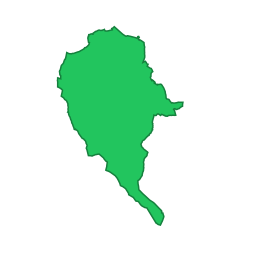 Odorheiu Secuiesc, Harghita, Romania, rotated 77°
{"feature_id": "2599482B50966601311858", "entity_name": "Odorheiu Secuiesc", "entity_type": "district", "adm_level": 2, "iso_a3": "ROU", "parent_name": "Romania", "parent_adm1": "Harghita", "projection": "robinson", "projection_center": [25.322, 46.315], "detail": "fine", "context": "isolated", "style": "filled", "palette": "green", "viewbox_px": 256, "rotation_deg": 77, "n_neighbors": 0, "source": "geoboundaries", "source_scale": "gbopen_adm2", "svg_char_len": 5696}
<svg xmlns="http://www.w3.org/2000/svg" viewBox="0 0 256 256"><g transform="rotate(77 128 128)"><path d="M229.9,118.3L226.0,115.2L222.8,113.2L222.4,113.0L222.1,113.0L221.4,113.0L219.9,113.2L218.8,113.1L218.3,114.3L217.3,113.9L216.5,114.1L216.4,113.9L216.2,113.9L212.5,116.2L207.4,119.2L206.2,120.1L203.1,123.1L198.2,126.4L196.5,127.6L195.2,128.5L192.0,130.4L190.6,131.3L186.9,130.8L184.9,130.8L183.6,130.6L182.5,130.4L181.8,130.3L181.4,130.0L180.8,128.2L180.2,127.9L179.9,127.3L179.0,126.6L178.4,125.8L177.3,124.8L177.0,124.8L175.9,124.3L174.1,123.4L173.6,122.9L172.4,122.3L171.4,122.1L170.3,121.5L169.8,121.7L166.7,120.7L165.5,120.7L164.8,120.6L163.7,120.1L163.2,119.7L162.0,119.4L161.7,119.0L161.0,118.4L160.7,117.9L160.3,117.5L160.1,117.0L159.8,116.4L159.3,116.0L159.1,115.7L158.1,115.3L157.5,115.1L157.1,114.8L156.5,114.2L155.9,114.3L155.0,115.0L154.7,115.4L154.0,115.7L152.4,117.2L151.1,117.9L150.6,118.0L150.1,118.4L148.8,119.1L147.9,118.8L147.1,119.1L146.6,119.0L146.4,118.7L145.6,118.2L145.2,117.6L144.1,117.0L143.5,116.2L143.4,115.8L143.3,115.0L142.7,114.1L140.9,111.7L140.7,111.4L140.7,111.0L140.5,110.6L139.9,110.1L139.6,109.5L139.8,109.1L138.3,107.9L138.2,107.6L138.2,107.0L137.5,106.5L136.3,105.4L135.5,105.1L135.4,104.5L134.8,104.3L134.5,104.5L133.8,104.4L133.2,103.7L132.0,103.5L130.8,103.1L129.9,103.3L129.3,102.8L128.8,103.0L128.1,103.1L127.4,102.8L126.8,102.6L126.4,102.3L125.6,102.1L125.4,101.8L125.1,101.7L124.6,101.5L123.2,100.6L121.3,99.9L121.8,99.1L122.0,98.4L122.1,97.8L122.0,97.5L121.4,97.0L121.1,96.4L121.0,95.7L121.2,95.2L121.7,94.7L123.1,93.5L122.3,92.0L122.6,91.9L122.9,91.2L123.6,90.3L123.8,89.9L123.9,90.0L124.3,89.5L124.7,88.7L125.0,88.5L125.2,87.7L125.4,86.9L125.3,86.5L125.0,86.1L124.9,85.7L125.1,84.4L125.2,83.7L125.5,82.9L125.6,81.6L125.8,80.9L126.2,79.5L126.3,78.6L125.5,78.6L124.1,78.7L123.4,78.7L121.5,78.8L121.0,78.9L120.1,79.4L119.8,79.1L119.6,78.5L119.7,77.9L119.9,77.7L120.8,77.0L120.9,76.1L120.7,75.4L120.6,74.6L120.6,73.9L120.5,73.5L120.2,73.1L119.9,72.8L119.6,72.0L119.5,71.7L119.4,71.3L119.1,70.4L119.1,70.0L117.2,69.5L115.3,68.7L114.5,72.1L114.2,73.1L114.3,75.1L114.1,77.8L113.5,78.7L113.4,80.0L110.8,81.2L109.4,81.7L109.0,82.4L108.3,83.8L107.8,84.0L107.1,84.1L104.5,83.7L103.8,83.7L102.8,83.8L100.9,83.6L98.8,83.9L97.0,84.2L93.6,85.4L92.7,86.1L92.6,86.8L92.5,88.6L92.1,89.2L92.6,89.8L90.4,92.0L90.2,91.4L88.8,91.7L88.7,91.8L88.8,92.3L87.5,92.7L87.5,93.2L87.0,93.9L86.4,93.7L86.2,94.2L86.3,94.1L86.7,94.3L86.0,94.6L84.2,94.8L83.5,94.8L83.3,94.5L83.0,94.1L80.1,93.3L79.5,92.8L79.2,92.2L78.7,91.8L78.6,91.2L76.8,91.5L75.2,92.0L74.6,93.1L72.5,95.1L72.2,95.4L70.5,94.2L70.4,94.6L69.8,95.0L69.2,95.3L68.5,95.4L66.9,96.1L67.0,96.8L67.5,98.7L65.7,97.6L64.6,96.8L62.9,95.8L61.4,95.4L59.4,95.2L59.0,95.1L58.7,94.9L57.3,94.7L54.3,94.1L52.9,93.5L51.1,93.6L49.8,93.4L48.6,93.3L48.5,93.2L48.3,93.2L46.0,95.3L44.7,96.7L45.0,97.0L44.4,97.7L43.3,98.1L42.9,98.1L42.4,98.2L42.2,97.7L42.7,97.5L42.8,97.3L42.7,97.2L42.4,96.7L41.5,96.9L41.6,97.2L41.4,97.5L41.1,97.6L41.3,98.1L41.8,98.3L42.0,98.3L42.4,99.4L41.7,100.3L39.2,105.1L38.5,106.7L38.1,107.4L38.0,107.9L38.0,108.3L38.2,108.7L38.1,109.5L35.4,112.1L26.2,118.6L27.1,120.0L27.4,121.5L28.1,121.4L28.5,121.2L28.8,121.2L28.8,122.0L28.8,123.9L28.9,125.0L28.8,126.3L28.8,126.6L28.6,127.4L28.4,127.9L28.3,128.4L26.6,128.9L26.8,129.3L26.8,129.6L26.8,130.2L27.0,131.1L26.9,131.3L26.9,131.6L27.0,131.6L26.9,132.1L26.9,132.5L26.6,133.1L26.3,133.6L26.1,134.1L26.1,134.6L26.1,135.0L26.8,137.6L26.6,137.9L27.1,139.0L27.3,139.3L27.7,140.6L28.1,140.9L28.6,140.9L28.6,141.1L28.4,141.1L28.0,142.9L28.3,143.9L28.2,145.2L28.6,145.3L28.8,145.4L29.8,145.8L29.7,146.1L31.3,146.9L35.7,147.2L36.1,146.4L37.0,146.9L37.8,147.2L38.5,148.1L39.3,149.3L40.1,150.9L40.0,152.0L40.8,153.1L41.0,153.1L41.7,155.5L42.2,157.3L42.5,158.0L42.6,158.8L42.6,160.0L43.1,164.3L42.8,165.6L42.9,166.0L43.0,166.5L42.3,168.6L42.0,169.1L41.6,169.6L40.7,170.7L43.9,172.1L46.9,173.6L47.0,173.8L46.9,174.0L47.2,174.2L47.4,174.6L50.5,176.5L52.0,178.8L53.4,179.6L53.5,179.6L56.3,181.0L56.5,181.4L57.0,181.8L57.7,182.1L58.3,182.1L61.0,182.4L61.6,181.9L61.9,181.8L62.1,181.8L64.6,182.5L64.9,182.5L64.6,183.1L64.2,183.9L63.4,184.9L63.6,185.0L63.5,185.3L64.7,185.6L65.9,186.1L67.1,186.1L72.2,187.3L72.5,186.7L73.4,185.8L74.5,184.4L74.8,184.5L75.4,183.9L76.3,183.3L78.1,184.0L82.0,185.9L82.3,185.7L82.5,185.4L83.7,184.3L84.6,183.7L85.7,183.4L86.5,182.8L87.1,182.1L88.8,181.4L89.5,181.5L90.2,181.2L90.7,181.1L91.1,181.1L91.5,181.2L91.8,181.4L92.7,181.5L94.4,181.5L96.0,182.2L97.9,182.4L98.8,183.0L98.8,182.6L99.2,182.5L100.9,182.7L101.8,182.7L103.0,182.5L103.4,182.4L104.6,182.0L105.3,182.0L107.0,181.9L108.4,181.5L109.4,181.6L110.5,181.6L111.7,181.2L113.9,181.0L114.7,180.9L115.3,180.7L117.2,180.7L117.8,179.7L117.4,179.4L119.4,177.8L119.9,177.6L122.5,177.2L127.9,174.9L128.2,174.2L128.6,173.8L129.0,173.5L129.7,173.3L130.0,173.1L130.2,172.8L131.4,172.3L132.3,172.2L132.5,172.1L133.1,172.3L134.5,172.0L135.1,171.8L135.9,171.8L136.4,172.0L137.0,172.5L137.3,172.6L137.6,172.8L138.3,173.2L139.4,173.0L139.6,172.9L146.0,172.8L146.7,170.4L146.8,170.2L147.1,169.6L147.2,169.2L147.2,168.9L147.0,168.7L147.0,167.9L146.9,167.3L146.7,166.2L146.7,164.7L146.8,164.4L146.7,163.8L146.8,163.2L146.9,162.0L151.6,158.6L152.1,158.4L152.7,158.3L155.3,157.0L156.5,155.8L159.3,156.9L160.8,157.4L164.1,159.1L164.8,158.3L165.5,157.1L166.5,155.8L167.6,154.7L171.7,151.1L174.5,149.8L177.0,149.1L180.2,148.4L182.4,148.3L184.1,146.1L186.5,144.0L191.6,142.2L193.2,142.3L196.9,138.4L200.9,136.8L202.0,134.4L205.6,133.0L207.3,131.8L207.6,131.4L209.3,129.5L210.1,127.6L227.0,122.0L227.2,121.6L228.0,121.0L228.8,120.3L229.3,119.4L229.9,118.3Z" fill="#22c55e" stroke="#15803d" stroke-width="1.5"/></g></svg>